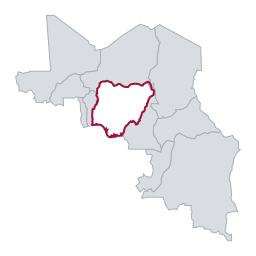 Nigeria highlighted, Robinson projection
{"feature_id": "NGA", "entity_name": "Nigeria", "entity_type": "country or territory", "adm_level": 0, "iso_a3": "NGA", "parent_name": "Africa", "parent_adm1": "", "projection": "robinson", "projection_center": [7.751, 9.075], "detail": "fine", "context": "with_neighbors", "style": "outline", "palette": "rose", "viewbox_px": 256, "rotation_deg": 0, "n_neighbors": 10, "source": "natural_earth", "source_scale": "50m", "svg_char_len": 9711}
<svg xmlns="http://www.w3.org/2000/svg" viewBox="0 0 256 256"><path d="M230.4,181.9L231.6,194.5L231.0,197.5L232.0,200.9L235.0,204.2L237.7,211.7L235.6,211.1L227.3,212.8L225.7,216.5L226.9,219.1L225.1,232.0L230.0,235.4L231.4,234.3L231.7,240.6L227.8,240.6L223.9,234.8L219.9,234.0L218.8,230.9L215.6,232.8L211.5,232.0L209.8,229.3L204.1,228.9L203.9,227.1L199.7,226.6L193.0,227.8L193.3,220.8L191.6,218.6L191.3,215.0L192.1,211.5L191.0,209.2L191.0,205.5L184.7,205.5L185.1,203.4L182.5,203.4L182.2,204.5L179.0,204.7L176.9,209.6L174.0,208.8L168.9,210.1L165.7,205.1L163.0,197.2L147.6,197.1L142.2,198.5L141.4,196.6L142.8,196.0L143.8,191.9L145.7,190.7L147.1,191.3L148.8,189.0L151.7,189.1L152.0,190.8L153.9,191.8L161.4,183.4L161.2,178.5L163.5,172.8L169.3,166.9L169.9,165.0L170.9,160.8L171.2,152.3L173.8,145.4L174.5,137.8L176.6,134.8L179.3,132.9L186.9,137.1L194.6,138.8L196.9,134.8L199.2,135.4L205.0,132.4L207.1,133.7L208.8,133.5L209.5,132.1L211.5,131.6L218.7,132.3L220.4,131.7L223.6,136.5L225.9,137.3L232.6,135.4L233.9,137.9L238.5,141.8L238.2,148.7L240.3,149.5L236.6,153.2L233.6,159.0L233.3,163.7L232.1,166.0L232.0,170.4L230.5,172.1L229.1,179.3L230.4,181.9Z" fill="#d9dde1" stroke="#a8b0b8" stroke-width="1"/><path d="M200.7,47.1L201.5,70.5L197.1,70.1L193.5,78.1L194.6,79.5L192.9,81.3L193.5,83.7L191.7,88.3L193.5,88.0L194.6,90.3L194.8,93.7L196.7,95.4L196.6,96.9L193.4,97.9L190.8,100.3L187.1,106.7L182.2,109.4L175.8,109.6L176.3,111.7L171.4,116.0L164.9,118.3L162.7,116.8L161.8,118.3L157.5,118.8L158.3,117.2L155.9,110.7L153.6,109.7L150.6,106.3L151.7,103.5L158.4,103.7L155.6,98.3L155.3,90.5L153.3,86.7L153.8,84.0L150.5,83.8L150.4,80.0L148.3,77.9L150.5,70.1L157.0,64.5L157.2,56.9L159.0,44.9L160.1,42.4L157.9,40.4L157.8,38.5L155.9,37.0L154.5,27.8L159.6,24.6L200.7,47.1Z" fill="#d9dde1" stroke="#a8b0b8" stroke-width="1"/><path d="M19.1,91.4L18.7,85.1L16.8,83.4L15.7,76.4L17.5,75.3L18.4,71.8L23.6,73.4L26.6,72.2L28.5,72.6L29.3,71.3L50.0,71.2L51.2,67.1L50.3,66.3L46.5,15.5L54.2,15.4L88.2,41.1L89.3,43.8L94.9,46.5L94.9,50.2L100.6,49.7L100.5,63.2L97.7,67.2L97.3,70.8L85.6,72.2L83.7,74.3L77.1,74.6L75.8,73.5L73.0,74.3L68.2,76.7L67.1,78.6L63.1,81.2L62.4,82.7L60.2,83.9L57.7,83.1L56.3,84.6L55.5,88.6L51.3,93.5L51.4,95.5L50.0,98.0L50.3,101.4L46.9,103.0L46.2,100.5L43.8,101.1L42.8,102.8L36.7,102.4L35.1,100.7L35.4,98.9L34.8,98.2L33.7,98.8L35.0,95.4L31.2,90.0L30.2,89.8L25.8,92.7L21.3,90.6L19.1,91.4Z" fill="#d9dde1" stroke="#a8b0b8" stroke-width="1"/><path d="M92.2,125.6L87.9,126.3L86.6,122.3L86.9,108.7L85.8,107.5L85.6,104.6L82.3,100.8L83.0,97.7L84.8,97.1L85.8,94.5L88.4,93.9L91.2,90.4L93.1,90.4L97.0,93.8L96.8,95.8L98.0,99.3L96.9,101.6L97.5,103.2L93.3,108.7L92.4,112.4L92.2,125.6Z" fill="#d9dde1" stroke="#a8b0b8" stroke-width="1"/><path d="M154.5,27.8L155.9,37.0L157.8,38.5L157.9,40.4L160.1,42.4L159.0,44.9L157.2,56.9L157.0,64.5L150.5,70.1L148.3,77.9L150.4,80.0L150.5,83.8L153.8,84.0L153.3,86.7L151.8,87.1L151.7,89.0L150.7,89.1L147.2,82.6L146.0,82.4L141.9,85.7L135.1,83.6L133.7,84.5L130.6,84.3L127.6,86.8L125.0,86.9L118.7,83.9L116.3,85.3L113.6,85.2L111.7,83.0L106.5,80.8L101.0,81.5L99.6,82.8L98.9,86.2L97.4,88.6L97.0,93.8L93.1,90.4L91.2,90.4L89.5,92.2L89.6,88.1L83.7,86.8L83.5,83.9L80.7,80.1L80.0,77.4L80.4,74.6L83.7,74.3L85.6,72.2L97.3,70.8L97.7,67.2L100.5,63.2L100.6,49.7L107.8,47.0L122.6,35.4L140.0,24.2L148.1,26.8L151.0,30.0L154.5,27.8Z" fill="#d9dde1" stroke="#a8b0b8" stroke-width="1"/><path d="M153.3,86.7L155.3,90.5L155.6,98.3L158.4,103.7L151.7,103.5L150.6,106.3L153.6,109.7L155.9,110.7L158.3,117.2L154.9,124.8L153.7,125.8L153.4,134.6L155.9,137.7L158.2,142.9L160.6,144.8L161.4,149.2L161.0,152.3L152.7,149.4L128.3,149.1L129.1,144.4L127.0,140.5L124.7,139.5L123.6,136.9L122.3,136.0L123.7,130.2L126.1,124.5L127.6,124.5L130.7,121.0L132.7,120.9L135.6,123.4L139.2,121.4L141.6,113.6L144.4,111.2L148.6,98.9L152.9,94.3L153.7,91.3L151.7,89.0L151.8,87.1L153.3,86.7Z" fill="#d9dde1" stroke="#a8b0b8" stroke-width="1"/><path d="M83.0,97.7L82.3,100.8L85.6,104.6L85.8,107.5L86.9,108.7L86.6,122.3L87.9,126.3L83.7,127.6L81.1,121.8L80.7,118.8L81.9,113.5L80.6,111.4L80.2,102.5L78.0,99.4L78.4,97.6L83.0,97.7Z" fill="#d9dde1" stroke="#a8b0b8" stroke-width="1"/><path d="M50.3,101.4L50.0,98.0L51.4,95.5L51.3,93.5L55.5,88.6L56.3,84.6L57.7,83.1L60.2,83.9L62.4,82.7L63.1,81.2L67.1,78.6L68.2,76.7L73.0,74.3L75.8,73.5L77.1,74.6L80.4,74.6L80.0,77.4L80.7,80.1L83.5,83.9L83.7,86.8L89.6,88.1L89.5,92.2L88.4,93.9L85.8,94.5L84.8,97.1L83.0,97.7L76.0,97.1L74.4,98.1L63.1,97.9L63.6,105.7L60.1,104.2L57.6,104.4L55.8,105.9L50.3,101.4Z" fill="#d9dde1" stroke="#a8b0b8" stroke-width="1"/><path d="M220.4,131.7L218.7,132.3L211.5,131.6L207.1,133.7L205.0,132.4L199.2,135.4L196.9,134.8L194.6,138.8L186.9,137.1L179.3,132.9L176.6,134.8L174.5,137.8L174.1,141.9L167.2,140.6L164.1,143.7L161.4,149.2L160.6,144.8L158.2,142.9L155.9,137.7L153.4,134.6L153.3,130.4L153.7,125.8L154.9,124.8L157.5,118.8L161.8,118.3L162.7,116.8L164.9,118.3L171.4,116.0L176.3,111.7L175.8,109.6L182.2,109.4L187.1,106.7L190.8,100.3L193.4,97.9L196.6,96.9L197.3,99.4L200.3,103.1L199.9,109.8L208.5,116.4L208.6,118.3L214.3,123.9L215.6,127.5L219.6,129.8L220.4,131.7Z" fill="#d9dde1" stroke="#a8b0b8" stroke-width="1"/><path d="M174.1,141.9L173.8,145.4L171.2,152.3L170.9,160.8L169.9,165.0L169.3,166.9L163.5,172.8L161.2,178.5L161.4,183.4L153.9,191.8L152.0,190.8L151.7,189.1L148.8,189.0L147.1,191.3L143.7,188.7L140.1,192.2L135.8,186.0L139.8,182.7L137.8,178.8L139.6,177.3L143.1,176.6L143.5,174.0L146.3,176.8L150.9,177.1L152.5,174.3L153.2,170.4L152.6,165.8L150.1,162.3L152.4,155.5L151.1,154.3L147.2,154.8L145.8,151.7L146.1,149.2L152.7,149.4L161.0,152.3L161.4,149.2L164.1,143.7L167.2,140.6L174.1,141.9Z" fill="#d9dde1" stroke="#a8b0b8" stroke-width="1"/><path d="M148.6,81.8L149.5,83.0L150.3,84.4L151.0,85.5L151.5,88.2L151.6,88.7L151.6,89.0L151.7,89.6L152.1,89.7L152.9,89.8L153.4,90.1L153.7,90.5L153.8,90.6L153.9,90.9L154.0,91.2L153.9,91.9L153.8,92.8L153.7,93.4L153.8,94.2L153.7,94.6L153.6,94.8L153.3,95.1L152.9,95.3L151.8,96.1L151.5,96.2L151.1,96.3L150.7,96.5L150.2,96.9L149.2,98.5L148.4,100.0L148.1,101.3L147.8,102.6L147.0,103.4L146.9,103.8L146.9,104.1L146.9,104.7L146.8,105.7L146.7,106.2L146.5,106.3L145.7,106.6L145.3,107.0L145.0,107.7L144.9,108.5L144.7,109.4L144.6,110.2L144.5,110.6L144.3,111.0L143.8,111.4L143.5,111.7L142.6,111.9L142.1,112.9L141.7,113.7L141.7,114.0L141.3,115.7L140.6,117.0L140.6,117.4L140.6,117.8L139.7,118.9L139.5,119.2L139.3,119.7L139.5,120.1L139.7,120.5L139.8,120.6L139.4,120.9L138.7,121.6L138.3,121.9L138.2,122.1L138.2,123.1L138.0,123.3L137.8,123.6L137.4,124.0L137.0,124.3L136.5,124.5L136.1,124.6L135.9,124.5L135.7,124.2L135.5,123.1L135.3,122.8L135.1,122.6L134.5,122.0L133.9,121.3L133.2,120.9L133.0,121.1L132.8,121.7L132.6,121.9L132.2,122.0L131.6,122.0L131.2,121.9L131.0,121.5L130.8,121.3L130.3,121.7L129.5,122.4L129.2,122.5L128.7,123.3L128.3,124.0L127.9,124.4L127.5,124.7L127.2,125.0L126.9,125.3L126.2,126.1L125.2,127.1L124.9,127.7L124.6,128.5L124.4,129.3L124.2,130.3L123.9,131.9L123.4,132.8L123.1,133.5L122.8,134.0L122.6,134.5L122.4,134.7L122.0,134.6L121.8,134.2L121.5,134.1L121.0,133.5L120.9,133.6L121.4,135.1L121.2,135.7L119.9,135.7L118.7,135.9L117.9,135.9L117.5,135.6L117.3,135.1L117.2,135.1L117.2,135.4L116.9,135.7L116.0,135.7L115.6,135.3L115.3,134.9L114.9,134.7L115.0,134.9L115.4,135.3L115.3,135.9L114.6,136.6L114.1,136.7L113.8,136.4L113.7,135.9L113.6,135.1L113.4,134.7L113.4,135.1L113.4,135.5L113.4,136.2L113.8,136.8L113.3,136.9L113.0,136.9L112.6,136.9L112.5,136.7L112.5,136.3L112.3,136.1L112.2,136.9L111.9,137.0L111.7,137.0L110.9,137.2L110.7,137.1L110.8,136.8L110.7,136.4L110.4,136.7L110.4,137.2L110.2,137.3L109.7,137.2L109.2,137.0L108.8,136.7L108.3,136.3L107.2,135.1L107.0,134.6L106.7,134.0L106.5,133.4L106.1,132.3L106.2,132.2L106.5,132.3L106.6,132.2L106.1,132.0L106.1,131.9L106.0,131.5L106.0,131.1L106.4,130.9L106.7,130.8L106.9,130.5L107.0,130.3L106.1,130.7L105.3,130.2L105.2,129.9L105.3,129.7L105.6,129.7L106.2,129.7L106.5,129.5L106.3,129.4L106.0,129.4L105.8,129.2L105.8,128.9L105.7,129.0L105.6,129.3L105.0,129.5L104.7,129.3L104.7,128.8L104.6,128.5L104.4,128.4L103.4,127.0L102.2,125.9L101.2,125.1L99.6,124.7L96.3,124.8L96.1,124.7L96.3,124.5L96.6,124.4L97.7,123.7L96.4,124.0L96.0,124.1L95.5,124.8L92.6,125.0L92.2,125.0L92.2,124.6L92.4,123.7L92.5,123.3L92.6,123.0L92.5,122.6L92.4,122.1L92.3,121.4L92.5,121.2L92.5,120.9L92.5,120.4L92.5,118.9L92.7,118.7L92.5,118.1L92.3,117.6L92.3,117.0L92.3,116.4L92.1,116.1L92.2,115.1L92.3,113.8L92.2,113.2L92.4,112.8L92.4,111.8L92.4,110.8L92.6,109.2L93.3,109.1L94.0,109.0L94.4,108.4L94.6,107.6L94.5,106.8L94.7,106.6L95.0,106.2L95.5,105.6L95.5,104.9L95.6,104.7L95.9,104.5L96.3,104.5L96.7,104.1L96.9,103.6L97.2,102.7L96.8,102.0L96.8,101.9L97.0,101.5L97.2,101.2L97.3,101.1L97.8,101.2L98.1,100.0L98.1,99.7L97.8,99.1L97.7,98.6L97.6,97.9L97.5,97.2L97.4,97.0L97.2,96.8L97.1,96.7L96.4,95.4L96.4,94.8L96.7,94.0L96.9,93.6L97.2,93.4L97.3,93.2L97.2,93.0L97.1,92.8L97.0,92.5L97.1,92.2L97.1,91.4L97.1,90.6L97.2,89.4L97.2,88.7L97.9,88.1L98.8,87.2L99.3,86.3L99.5,85.6L99.8,83.2L100.1,83.1L100.3,83.0L101.2,82.1L102.0,81.8L102.5,81.6L103.3,81.4L103.8,81.5L104.8,81.5L105.5,81.5L106.1,81.0L106.4,80.9L106.8,80.8L108.6,81.4L110.3,82.0L110.7,82.0L110.9,82.0L111.4,82.4L112.0,83.1L112.4,83.5L112.6,83.8L113.5,85.3L113.9,85.7L114.2,85.9L114.6,85.9L114.8,85.9L115.1,85.7L115.4,85.4L116.0,85.3L116.4,85.3L118.6,83.9L118.8,83.9L119.5,84.0L120.2,84.2L122.1,85.6L123.6,86.5L124.7,86.8L125.9,87.0L128.1,87.0L129.7,85.1L130.3,84.7L131.0,84.3L132.5,84.0L135.0,83.7L137.3,83.8L137.8,83.9L138.8,84.2L140.3,84.8L141.0,85.4L142.0,85.5L142.8,85.4L143.0,84.8L143.7,84.0L144.3,83.7L144.9,83.3L145.8,82.8L146.5,82.5L147.2,82.0L147.7,81.8L148.6,81.8ZM116.1,136.5L115.6,136.7L115.3,136.6L115.7,135.8L115.9,136.0L116.2,136.1L116.1,136.5Z" fill="none" stroke="#9f1239" stroke-width="2"/></svg>